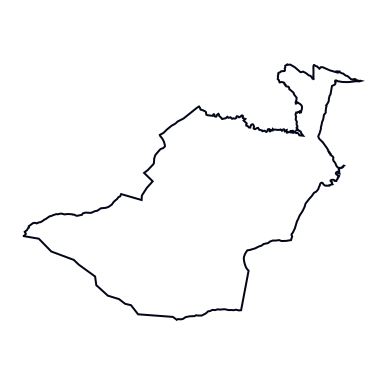 Buyant, Hovd, Mongolia (Equal Earth projection)
{"feature_id": "93677404B7788562092433", "entity_name": "Buyant", "entity_type": "district", "adm_level": 2, "iso_a3": "MNG", "parent_name": "Mongolia", "parent_adm1": "Hovd", "projection": "equal_earth", "projection_center": [92.174, 47.985], "detail": "fine", "context": "isolated", "style": "outline", "palette": "ink", "viewbox_px": 384, "rotation_deg": 0, "n_neighbors": 0, "source": "geoboundaries", "source_scale": "gbopen_adm2", "svg_char_len": 5971}
<svg xmlns="http://www.w3.org/2000/svg" viewBox="0 0 384 384"><path d="M329.5,185.1L332.5,184.3L331.9,183.4L332.1,182.3L330.7,181.3L330.6,180.4L331.9,179.8L333.4,179.8L334.4,180.2L334.6,180.9L336.3,181.0L336.7,179.9L337.8,178.6L337.8,177.4L338.9,176.7L339.1,175.8L338.5,175.9L336.1,174.1L335.8,173.4L336.0,172.7L337.4,171.7L337.9,172.2L338.8,172.4L338.5,173.2L339.4,173.3L339.1,172.5L339.3,171.2L338.8,169.4L339.3,168.8L339.3,168.3L341.7,167.9L343.0,167.0L342.8,166.6L344.0,165.7L343.8,165.6L341.6,167.6L340.7,167.9L338.2,167.8L337.3,167.0L336.4,165.8L335.2,162.9L333.5,160.8L333.1,159.4L333.4,157.6L332.9,156.6L331.2,155.4L331.1,154.7L330.3,154.6L330.4,153.5L330.1,153.2L329.5,153.1L329.5,152.6L329.1,152.4L329.2,151.9L328.6,151.7L328.2,151.0L328.3,150.2L327.7,149.7L327.4,148.7L322.7,142.2L319.4,139.0L318.4,137.0L318.3,136.5L318.6,135.4L319.5,133.6L320.9,128.8L320.9,127.1L321.4,125.6L322.1,122.0L323.1,119.7L324.0,114.8L325.7,112.7L325.7,110.7L326.2,107.1L326.5,106.4L326.5,105.9L326.1,105.4L326.9,104.6L328.7,101.3L328.9,98.6L329.6,95.8L330.5,94.4L331.9,86.4L332.0,86.0L334.6,84.7L335.2,84.1L335.6,82.5L335.2,82.0L335.4,81.6L335.1,81.1L335.4,80.5L336.1,80.4L338.1,81.3L342.7,82.0L348.6,82.1L356.3,81.2L359.2,81.4L361.0,80.9L360.2,80.7L359.6,81.0L354.6,79.6L355.1,79.1L354.9,79.0L352.5,79.5L350.9,79.1L347.6,76.1L345.7,75.6L343.2,73.6L341.8,73.3L340.2,72.4L339.3,72.3L339.4,71.5L336.9,71.4L337.1,71.9L338.0,72.5L337.6,72.6L329.7,70.3L322.7,67.2L320.8,67.2L319.4,68.7L317.0,66.4L316.1,66.2L314.1,65.0L313.8,65.1L313.4,66.3L313.5,73.9L313.3,75.0L313.6,76.4L313.2,77.8L313.7,78.8L313.3,79.1L312.3,78.4L311.5,76.9L310.3,75.8L308.7,75.3L306.1,73.2L303.1,71.6L301.2,72.2L300.3,72.0L294.9,67.3L290.3,64.6L290.6,64.2L290.0,64.6L288.1,64.8L287.3,64.9L287.1,64.5L285.2,65.8L285.3,67.3L284.7,68.3L285.0,70.2L284.5,71.0L281.1,71.3L280.2,72.2L278.5,72.9L278.1,74.0L278.4,74.5L277.8,76.0L278.1,77.1L277.7,79.1L279.0,80.3L279.3,81.9L279.7,82.4L281.7,82.0L284.0,82.6L284.5,83.3L284.3,83.8L285.5,84.8L285.2,85.2L285.4,85.5L286.4,86.4L288.3,86.7L288.7,87.0L289.3,88.5L289.4,89.4L290.2,89.8L293.4,92.6L293.8,93.1L293.9,94.2L296.6,97.7L296.4,100.0L296.1,100.8L296.4,101.7L295.6,102.2L295.8,103.6L296.2,103.6L297.0,103.0L296.9,102.6L297.6,102.4L300.7,104.5L301.4,105.3L301.9,106.3L302.0,108.4L301.3,111.1L300.1,112.1L300.8,112.1L300.9,112.4L299.9,112.7L299.8,112.1L300.1,111.2L299.9,111.1L299.1,111.8L297.5,112.2L297.2,112.7L296.2,112.5L295.5,114.3L296.1,117.0L295.8,118.1L295.8,119.7L296.9,121.9L296.6,123.2L296.8,125.4L297.4,126.1L297.3,127.2L296.7,127.8L297.2,128.1L297.3,129.0L296.7,129.6L296.3,130.4L298.1,129.8L298.9,130.7L300.4,131.3L300.9,132.1L301.0,132.9L303.1,135.7L299.4,135.3L298.3,133.5L297.3,132.8L296.2,133.1L295.1,132.3L293.3,132.8L292.1,132.6L292.1,132.2L293.6,131.2L293.1,130.8L290.8,131.0L291.0,131.9L290.5,132.3L289.7,131.9L288.5,132.3L287.9,131.9L287.5,132.6L286.9,132.7L286.5,132.2L286.2,131.0L286.5,130.0L286.1,130.1L284.7,131.2L283.8,129.3L282.4,129.9L281.9,130.7L280.6,129.5L279.6,129.9L277.1,129.9L275.5,129.6L273.5,129.7L272.8,129.1L272.6,130.4L271.3,130.1L270.7,131.1L270.0,131.4L269.6,131.0L270.0,129.7L269.3,129.1L268.6,129.1L267.9,129.4L267.3,131.1L266.4,131.9L265.9,131.8L264.7,130.7L262.4,131.2L262.0,130.4L259.3,129.8L258.1,127.9L257.2,128.0L255.2,129.1L254.2,129.0L253.6,128.3L254.1,126.6L253.1,124.5L252.5,124.3L252.0,124.3L251.2,124.9L250.6,126.0L250.3,127.5L249.0,127.5L247.8,126.2L246.3,125.6L246.1,124.9L246.6,124.0L246.7,123.4L243.6,120.5L245.3,119.0L243.0,118.1L242.6,117.1L243.0,116.1L242.6,115.6L242.1,115.4L241.3,115.7L240.4,116.7L239.1,117.3L237.9,116.4L236.7,116.3L236.4,116.8L236.4,117.9L234.9,118.7L233.3,118.3L232.1,118.8L230.5,117.3L228.4,117.8L227.3,116.8L225.8,118.2L222.1,119.0L221.2,117.8L219.2,115.9L218.8,114.2L218.3,113.8L216.8,115.1L216.4,116.5L215.9,116.7L214.7,116.3L214.3,115.8L214.3,114.6L213.8,114.2L213.4,114.4L212.9,115.7L212.4,115.8L207.4,115.2L206.3,114.7L206.0,112.2L205.4,111.5L203.3,110.4L200.6,109.6L200.0,107.9L199.0,106.5L196.9,107.8L183.7,118.4L177.5,121.6L175.4,123.6L171.6,125.7L166.7,129.7L163.5,132.9L159.8,134.9L160.0,135.7L162.3,138.6L163.9,141.6L164.9,145.2L164.9,146.5L163.2,148.1L160.9,148.9L159.9,149.7L155.4,154.9L154.2,158.5L153.9,163.1L153.3,164.3L147.7,170.2L144.1,172.9L152.7,181.3L146.8,187.9L141.9,195.5L141.6,200.0L121.1,194.1L120.1,196.4L118.4,197.2L117.0,199.1L114.6,201.0L113.3,202.4L111.8,204.6L109.6,206.2L108.2,207.0L105.9,207.8L100.9,208.3L97.3,210.7L94.9,211.2L91.0,212.9L85.4,212.6L82.8,213.4L81.9,214.8L77.2,215.8L75.9,215.6L74.5,214.7L72.9,214.7L72.3,214.3L67.6,214.0L64.6,214.4L61.9,213.7L60.0,213.7L57.9,214.3L56.4,214.1L53.5,215.0L50.7,216.2L49.8,216.2L45.5,219.2L44.4,219.6L42.5,221.1L40.4,222.2L38.8,222.4L36.8,223.4L35.0,222.8L32.9,223.2L28.7,226.3L28.9,227.6L28.0,228.2L27.0,230.1L24.7,231.8L24.9,232.4L25.8,233.4L25.7,234.2L24.3,235.7L23.0,236.0L38.8,238.7L51.3,251.5L73.8,259.9L78.7,264.6L95.1,276.5L96.3,285.2L107.9,295.7L119.0,299.1L125.1,303.8L131.0,305.2L138.1,314.3L172.9,316.9L176.8,319.8L177.5,319.2L179.2,319.1L180.5,319.4L183.0,318.9L185.7,317.1L189.8,316.3L194.6,316.1L196.1,315.2L197.4,315.5L201.9,315.5L206.0,313.3L208.0,311.4L209.9,311.1L212.4,309.9L215.0,310.1L217.9,309.3L219.9,309.6L224.5,309.2L228.8,310.1L230.9,310.0L233.9,310.2L235.8,309.7L238.9,310.4L241.1,310.2L248.6,270.7L246.9,268.9L245.7,266.7L244.5,263.0L243.9,260.0L243.8,258.3L244.1,256.4L245.2,253.6L246.3,251.8L247.4,250.3L249.7,250.0L255.3,248.3L258.6,246.6L261.6,245.6L263.6,244.0L268.0,243.1L269.9,241.6L272.9,240.5L275.4,240.6L279.2,240.1L281.4,241.0L282.6,241.0L286.0,240.9L291.0,240.1L292.2,236.4L291.5,235.0L291.6,234.2L292.9,232.5L294.9,228.3L297.0,221.2L298.2,219.0L299.5,215.8L302.6,211.0L304.6,206.9L305.4,204.0L306.2,202.7L309.6,198.4L311.6,196.3L314.0,192.8L316.1,191.7L317.1,190.7L318.4,188.9L319.1,186.6L319.7,185.8L320.0,184.2L320.8,183.1L321.5,182.7L322.5,182.9L323.6,184.5L325.3,185.7L329.0,185.7L329.5,185.6L329.5,185.1Z" fill="none" stroke="#020617" stroke-width="2"/></svg>